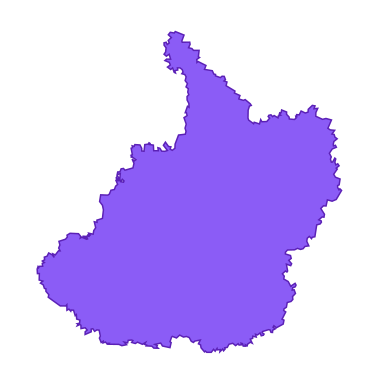 Thakurgaon, Rangpur, Bangladesh (Albers equal-area conic projection), rotated 184°
{"feature_id": "16705992B44482388014877", "entity_name": "Thakurgaon", "entity_type": "district", "adm_level": 2, "iso_a3": "BGD", "parent_name": "Bangladesh", "parent_adm1": "Rangpur", "projection": "albers", "projection_center": [88.472, 25.936], "detail": "fine", "context": "isolated", "style": "filled", "palette": "violet", "viewbox_px": 384, "rotation_deg": 184, "n_neighbors": 0, "source": "geoboundaries", "source_scale": "gbopen_adm2", "svg_char_len": 5875}
<svg xmlns="http://www.w3.org/2000/svg" viewBox="0 0 384 384"><g transform="rotate(184 192 192)"><path d="M330.7,121.2L332.1,117.9L334.8,116.7L334.3,114.1L336.5,112.7L334.4,111.3L336.4,110.3L335.8,107.5L339.1,107.2L339.7,105.8L340.4,106.8L341.1,104.3L340.5,99.8L338.6,100.0L338.3,93.5L334.6,92.7L336.8,90.5L333.9,89.0L332.5,85.5L331.0,85.3L330.8,82.7L327.7,79.6L328.1,77.0L315.5,69.2L310.0,69.5L309.0,70.8L308.5,65.3L306.6,66.6L304.6,64.6L304.3,65.8L301.9,65.8L299.9,60.5L298.8,61.6L298.2,57.2L294.9,56.4L295.0,53.3L297.3,52.6L296.4,52.1L297.1,50.6L294.5,52.0L293.5,51.3L293.2,48.0L289.1,49.1L286.9,47.0L288.8,45.2L288.7,42.4L282.8,45.5L283.0,48.2L281.4,48.7L279.4,46.2L277.3,47.8L275.0,47.7L273.4,41.9L274.2,39.8L272.1,35.5L270.2,36.9L270.2,35.2L267.9,36.3L266.5,35.0L264.4,35.2L265.2,34.3L254.3,34.9L251.3,33.8L246.6,35.1L249.1,37.5L245.7,37.0L245.3,39.6L242.0,40.1L240.6,39.7L241.7,37.7L238.0,36.9L235.9,38.4L230.9,36.6L227.8,38.7L228.7,36.7L226.6,36.1L227.0,35.3L221.3,35.4L219.2,33.6L214.9,33.8L216.4,35.1L215.9,36.4L218.4,37.4L212.7,39.1L210.7,36.3L203.1,35.2L202.3,40.4L203.5,41.1L202.3,45.7L201.6,46.6L197.3,45.3L194.3,48.4L190.4,46.7L187.5,47.5L184.6,46.6L182.3,43.0L180.1,42.0L178.7,43.5L173.4,44.9L175.0,41.0L172.8,40.1L172.1,37.2L168.4,33.4L167.6,34.2L166.1,33.1L161.6,33.4L159.5,36.6L157.8,34.8L156.1,37.7L155.6,36.3L152.8,36.8L153.0,34.6L150.4,37.5L149.4,35.8L148.0,37.7L148.5,38.9L146.0,39.4L144.5,42.7L140.8,43.9L137.8,41.8L135.4,43.9L134.4,42.6L132.0,43.0L132.5,44.6L131.0,44.3L130.2,41.9L128.2,41.9L128.2,43.4L127.1,42.7L127.8,42.1L126.2,42.3L126.0,44.0L123.4,46.2L121.4,45.4L123.6,49.3L121.3,50.2L121.3,52.4L117.8,51.8L118.7,54.5L116.7,54.0L114.3,56.1L112.9,53.4L110.8,54.1L110.2,55.3L112.2,56.6L112.0,57.7L106.1,60.0L104.6,59.9L103.4,57.5L101.9,57.5L101.9,59.7L99.4,61.3L101.7,62.7L101.0,64.3L98.3,62.5L91.8,66.6L91.3,70.6L93.3,71.4L90.1,78.9L92.3,80.2L92.0,81.9L89.8,83.6L89.3,88.4L85.6,89.7L83.9,91.8L84.4,94.7L81.7,98.0L83.3,101.6L85.2,101.1L84.9,103.5L82.4,104.6L81.7,106.4L82.8,108.1L86.6,105.2L86.5,104.2L89.8,109.4L94.4,111.6L94.1,114.5L96.1,116.7L93.3,119.7L91.7,118.8L91.1,119.8L92.8,126.6L88.4,125.4L87.6,127.4L90.7,130.6L88.4,132.6L89.3,135.5L94.5,136.7L94.6,138.4L92.7,140.8L85.6,141.5L82.9,143.1L79.7,142.3L77.2,143.2L75.5,145.6L71.7,146.4L74.1,150.9L73.8,153.9L71.9,155.9L69.5,153.8L69.0,155.2L66.3,155.9L65.3,167.9L61.9,169.1L60.8,170.9L61.1,172.2L63.6,173.1L60.4,176.2L58.6,176.1L58.3,179.0L62.4,184.6L59.9,187.4L57.3,187.4L56.4,193.6L51.6,192.6L47.6,194.6L42.9,204.0L44.7,205.5L45.5,204.4L47.0,206.6L47.2,208.6L45.7,209.4L45.2,215.3L50.0,216.8L51.9,219.6L48.7,225.0L49.8,225.9L47.1,228.4L48.6,230.3L50.4,229.1L51.6,231.7L50.9,235.0L51.9,235.8L53.8,231.7L55.1,231.5L56.2,234.5L55.5,236.7L57.7,240.2L55.1,244.7L51.1,246.7L52.2,248.6L54.1,247.9L54.4,249.5L54.0,252.3L50.9,255.2L53.3,256.8L54.2,259.3L56.4,259.6L54.0,263.5L58.4,263.6L60.9,265.0L57.9,273.6L63.5,274.7L66.8,273.6L73.8,276.2L74.0,279.8L72.4,284.2L76.1,283.6L75.3,286.5L78.0,286.8L81.8,282.6L81.8,279.8L84.5,278.7L88.8,280.4L90.4,276.5L93.0,276.5L92.8,274.5L93.8,274.8L93.4,273.0L94.8,271.5L100.0,271.6L100.4,273.6L103.1,276.1L103.2,278.4L108.3,280.1L108.6,277.5L109.8,276.0L109.2,277.1L110.0,277.2L110.4,275.4L109.0,274.8L111.2,273.9L111.4,272.0L115.4,274.0L116.8,272.8L118.6,274.5L120.7,273.9L121.3,272.6L119.7,271.1L122.3,267.5L127.2,267.0L128.5,269.0L129.4,264.6L134.8,265.9L135.3,264.4L140.5,267.7L141.3,269.6L141.7,277.5L140.7,281.7L138.9,282.5L140.0,284.0L145.4,287.9L147.1,287.0L151.8,288.1L150.9,291.6L156.6,293.7L156.2,295.7L165.4,300.4L164.8,304.2L167.8,305.0L166.5,306.5L167.9,309.6L170.1,309.6L171.7,308.1L176.7,309.5L176.7,310.9L178.5,311.2L180.2,314.4L188.1,315.2L186.9,319.2L195.1,322.6L196.1,321.6L196.5,324.5L193.9,326.7L195.1,327.2L194.8,333.8L200.4,333.4L202.1,335.1L205.5,335.7L204.2,339.2L204.7,341.3L212.2,340.7L212.7,341.9L210.9,348.0L219.9,350.9L220.8,349.4L224.8,349.8L226.6,347.2L223.4,344.6L226.3,341.5L225.1,339.1L227.0,337.4L228.2,339.6L230.3,338.9L230.1,336.5L227.9,334.0L228.1,329.8L229.5,327.5L227.1,325.7L224.4,327.8L222.6,323.0L226.6,322.8L228.2,321.2L223.7,319.7L222.5,317.2L225.2,314.9L221.8,312.7L220.0,314.4L218.1,310.1L216.8,309.6L217.7,311.8L214.7,312.7L215.2,314.8L212.7,315.0L210.3,313.4L209.3,311.0L210.4,309.3L207.4,308.7L205.9,306.5L206.6,302.6L204.1,299.8L205.3,296.4L202.9,294.8L203.2,291.3L202.0,288.8L203.6,286.9L203.3,283.4L201.3,280.1L200.9,276.3L202.5,277.2L204.3,270.6L203.1,270.7L202.2,267.9L205.2,265.6L202.5,259.3L203.4,255.2L202.2,252.1L202.7,249.2L209.4,247.9L212.2,238.6L212.1,234.4L214.6,232.2L216.8,233.2L216.2,235.6L218.6,235.8L222.0,239.9L223.8,236.6L219.4,231.7L221.9,230.7L225.1,230.6L227.1,233.4L229.1,233.8L228.5,230.8L233.1,230.5L233.8,236.1L237.7,236.4L237.2,237.5L238.3,238.1L239.1,236.7L242.4,236.0L242.7,229.3L245.0,229.4L245.2,232.1L247.2,235.3L252.3,235.3L252.9,233.5L254.9,233.9L254.3,232.1L255.8,231.4L254.1,225.1L255.4,224.4L254.5,223.5L255.6,222.3L254.2,222.8L250.2,220.3L251.7,219.0L254.1,220.7L251.9,216.6L252.6,211.9L260.4,209.1L262.0,210.7L264.3,210.2L265.3,207.1L267.5,206.8L267.9,204.0L264.8,205.4L265.0,199.1L263.2,198.3L262.4,199.8L260.6,198.3L261.0,197.0L263.9,197.3L263.8,198.4L266.6,198.1L265.8,199.3L267.6,199.7L265.9,200.6L267.4,203.0L268.6,200.9L267.6,198.5L268.6,198.1L266.7,194.4L268.6,192.5L269.6,189.1L273.0,188.1L274.3,184.1L275.8,183.0L282.9,182.8L283.5,176.0L280.4,172.5L279.1,167.9L279.5,159.4L284.9,157.3L284.6,155.1L287.4,155.5L285.6,149.6L287.3,146.7L287.7,143.0L291.9,143.7L290.5,142.0L291.7,140.5L292.7,140.7L291.5,142.0L292.4,142.7L293.9,140.3L298.2,140.3L293.4,139.0L292.9,137.9L293.8,137.5L298.8,139.2L300.2,138.3L299.8,139.8L302.3,142.5L310.8,142.3L313.7,140.2L313.2,138.4L314.9,136.1L321.3,133.5L320.1,129.9L321.1,126.8L319.5,124.1L321.1,124.0L324.0,119.7L326.4,120.6L324.9,117.1L327.2,119.7L330.7,121.2Z" fill="#8b5cf6" stroke="#5b21b6" stroke-width="1.5"/></g></svg>